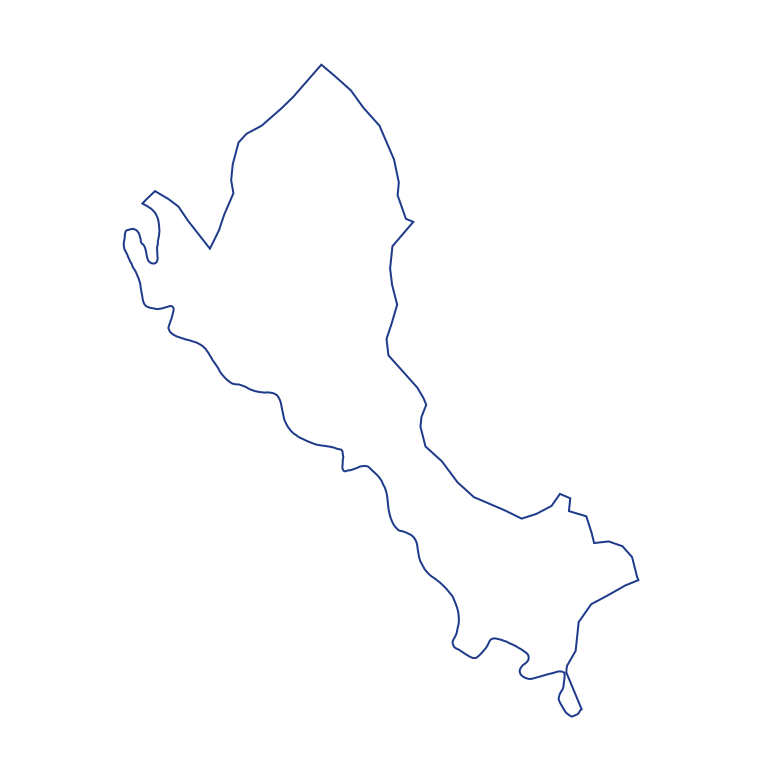 Manpho City, Chagang-do, North Korea (Albers equal-area conic projection), rotated 276°
{"feature_id": "82179303B45279105584010", "entity_name": "Manpho City", "entity_type": "district", "adm_level": 2, "iso_a3": "PRK", "parent_name": "North Korea", "parent_adm1": "Chagang-do", "projection": "albers", "projection_center": [126.267, 41.163], "detail": "fine", "context": "isolated", "style": "outline", "palette": "blue", "viewbox_px": 768, "rotation_deg": 276, "n_neighbors": 0, "source": "geoboundaries", "source_scale": "gbopen_adm2", "svg_char_len": 6135}
<svg xmlns="http://www.w3.org/2000/svg" viewBox="0 0 768 768"><g transform="rotate(276 384 384)"><path d="M685.4,302.5L695.0,288.3L659.9,263.6L647.2,253.0L628.1,235.3L618.5,221.1L609.0,214.1L586.6,210.6L570.7,210.7L557.9,214.3L535.5,207.3L519.6,203.8L500.4,196.7L526.1,171.8L539.0,161.0L545.4,150.3L551.9,136.1L542.0,127.7L538.2,124.9L536.0,130.3L535.0,132.0L534.3,133.6L533.0,135.4L530.7,138.1L529.2,139.3L527.9,140.0L526.4,141.1L524.1,142.1L521.7,142.9L519.4,143.4L513.5,144.6L509.8,144.7L508.0,144.7L503.4,144.3L502.4,144.1L499.4,144.5L497.7,144.2L496.3,144.0L489.3,145.0L485.6,145.7L483.2,145.7L482.1,145.3L480.8,144.6L479.9,143.3L479.7,142.2L479.7,141.3L479.8,140.2L480.5,138.4L481.7,136.9L482.8,136.3L485.5,135.0L487.1,134.5L489.5,133.9L493.2,132.7L495.0,131.8L496.6,130.9L497.2,130.1L498.0,129.3L498.4,128.4L499.0,127.9L499.9,127.4L502.6,126.9L503.8,126.3L507.7,124.8L510.2,122.8L511.1,121.6L511.7,119.9L512.0,118.7L512.0,117.6L511.6,116.3L510.3,113.0L509.8,111.8L508.9,111.2L507.3,110.8L505.8,110.7L501.4,110.8L498.2,110.5L496.5,110.5L494.8,110.7L491.5,111.5L490.3,112.2L485.8,115.2L484.4,115.8L481.6,117.5L479.0,118.9L477.4,120.3L473.8,122.1L470.2,125.1L462.9,129.1L458.2,131.1L454.3,132.0L452.6,132.5L451.0,132.9L445.7,134.5L443.9,134.9L441.9,135.6L440.2,136.3L438.4,137.3L436.6,139.2L436.2,140.2L435.6,142.5L435.3,143.9L435.2,145.3L435.0,147.5L435.0,149.0L434.7,150.5L435.1,152.0L435.8,154.8L439.1,162.9L439.3,164.0L439.0,165.2L438.5,166.0L437.3,166.8L436.4,167.0L433.8,166.9L426.7,165.8L425.0,165.3L422.1,164.7L420.8,164.3L418.1,163.8L416.8,163.8L414.7,165.0L413.7,165.7L412.7,166.7L411.8,168.1L410.9,169.7L410.2,171.4L409.5,173.4L409.2,175.3L408.6,177.3L408.3,179.2L407.8,181.0L407.0,186.8L406.5,188.6L406.2,190.4L405.6,193.2L404.9,195.0L404.1,197.0L403.4,198.4L402.6,199.8L400.6,202.5L399.2,203.8L398.3,204.5L397.1,205.7L393.9,208.1L392.8,209.0L390.1,210.9L389.3,211.5L387.6,213.1L385.1,215.2L384.3,215.8L382.1,217.7L380.7,218.5L377.7,220.7L375.8,222.7L374.8,223.8L374.0,224.6L371.7,227.5L369.7,230.7L368.5,233.3L368.4,234.6L368.2,236.0L368.2,237.6L368.4,239.1L368.2,240.8L367.1,245.2L366.5,247.1L365.6,249.0L364.4,252.3L364.1,254.0L363.6,255.5L363.4,257.0L363.0,260.9L363.0,262.9L363.0,266.9L363.3,267.6L363.5,268.8L363.5,272.5L363.5,273.4L363.1,275.2L362.8,276.3L362.1,277.8L361.6,278.8L360.2,280.1L358.4,281.4L357.3,282.1L355.1,283.1L353.0,283.8L348.6,285.2L347.5,285.5L345.1,286.3L339.5,288.1L338.7,288.4L336.9,289.2L335.8,290.0L333.9,291.1L331.2,293.0L330.1,294.0L327.5,296.5L325.2,299.5L323.9,302.1L322.8,303.9L321.8,306.0L320.8,309.1L319.7,312.1L318.7,315.1L318.4,316.6L317.9,318.0L317.0,321.5L316.7,323.2L316.5,324.8L316.3,328.3L316.3,331.5L316.1,333.6L316.1,335.1L315.8,338.7L315.4,341.6L314.8,343.4L314.5,345.7L314.3,347.7L314.2,348.3L313.6,349.1L312.3,349.9L309.1,350.5L307.0,351.2L306.7,351.2L304.4,350.9L299.9,351.3L298.8,351.2L296.7,351.3L295.8,351.5L294.0,352.5L293.6,353.0L293.2,353.5L293.1,354.0L293.1,354.8L294.2,356.8L294.4,357.6L294.6,359.0L295.0,360.3L296.4,363.2L297.1,364.8L299.4,368.8L299.7,369.4L299.8,370.4L300.2,371.7L300.5,373.0L300.5,374.9L300.3,376.4L299.9,377.2L299.4,378.0L299.0,378.6L297.1,380.8L295.3,383.4L293.8,385.3L293.3,385.9L292.4,387.2L289.5,390.0L288.7,390.6L287.9,391.3L286.4,392.3L283.9,393.7L281.2,395.6L279.2,396.5L277.4,397.3L275.0,398.2L272.3,398.9L270.3,399.4L264.1,400.7L260.5,401.5L255.3,403.1L251.6,404.6L248.4,406.2L246.0,407.7L243.9,409.4L242.5,410.8L240.5,413.1L240.1,413.8L239.8,414.5L239.6,415.9L239.4,418.5L238.4,422.2L236.9,426.2L236.4,427.2L235.5,428.5L234.4,429.8L232.8,431.1L232.1,431.6L230.5,432.6L228.9,433.3L227.0,433.9L222.5,435.0L217.6,436.4L216.6,436.6L212.4,438.2L210.9,439.1L207.3,441.5L203.9,443.9L201.0,446.9L198.7,449.8L197.7,451.3L197.2,452.2L196.8,453.1L195.9,454.8L192.2,460.7L188.5,465.5L187.8,466.2L186.8,467.5L183.4,470.9L180.7,473.7L179.2,474.9L173.0,478.2L169.8,479.8L167.9,480.6L165.4,481.5L163.4,482.0L159.2,482.9L154.5,483.3L152.2,483.2L149.7,482.8L144.7,482.4L142.8,482.0L141.5,481.6L140.1,481.1L137.5,479.9L136.7,479.6L134.4,479.2L133.7,479.3L132.4,479.7L130.0,481.1L129.5,481.7L128.7,483.1L128.1,484.6L127.6,486.2L126.5,488.4L125.9,489.4L125.0,491.2L124.5,492.0L121.7,498.0L121.3,499.2L120.8,501.0L120.9,502.8L121.0,503.5L121.5,504.5L121.9,505.0L123.7,506.8L125.0,507.9L127.6,509.9L130.8,512.1L132.7,513.3L133.8,513.7L134.6,514.2L139.7,516.0L141.1,517.0L141.8,518.1L142.3,519.0L142.6,521.3L142.5,522.3L142.3,524.3L141.7,528.0L141.0,530.6L140.6,532.8L139.8,534.6L137.2,542.4L136.1,544.4L134.6,548.0L133.6,549.9L131.4,553.7L130.5,554.9L129.8,555.5L129.0,555.9L127.9,556.3L127.1,556.5L125.8,556.5L124.8,556.4L124.1,556.2L122.7,555.3L121.5,554.3L120.3,553.1L119.1,551.7L118.7,551.3L116.6,550.0L115.4,549.4L113.9,549.0L112.3,549.0L111.6,549.2L110.3,549.8L109.1,550.6L108.2,551.8L107.5,552.9L106.8,554.4L106.1,556.9L105.9,558.5L105.9,560.0L106.3,561.9L106.9,563.5L109.3,569.5L109.6,570.4L110.3,572.0L110.6,572.8L110.9,573.5L111.5,575.0L112.1,576.4L112.4,577.3L112.8,578.2L114.6,583.3L115.0,584.0L115.7,585.7L116.2,587.1L116.5,588.1L116.6,589.2L116.5,591.3L116.1,592.8L115.7,593.3L115.4,593.6L113.2,594.1L109.9,594.2L109.0,594.2L107.9,594.2L106.2,594.1L101.9,594.1L100.6,593.9L98.1,593.2L97.0,592.5L95.5,591.8L93.4,591.1L90.3,590.6L89.1,590.6L88.6,590.8L86.8,591.6L84.8,592.8L84.2,593.2L82.9,594.2L81.5,595.2L80.7,595.8L80.2,596.1L78.9,597.1L76.4,599.1L75.9,599.8L75.1,600.9L74.0,602.9L73.0,604.9L73.0,605.3L73.0,605.8L73.9,607.7L74.6,608.9L75.5,610.5L76.2,611.4L77.4,612.2L79.6,613.1L80.1,613.4L80.6,613.9L81.1,614.6L116.3,595.4L122.7,595.4L138.7,602.5L167.6,602.5L186.8,613.2L196.3,627.4L209.0,645.2L215.5,657.5L218.5,655.9L237.8,648.8L247.6,638.1L250.9,623.9L247.8,609.6L257.5,606.1L273.6,599.0L276.9,581.2L289.8,581.2L293.1,570.5L280.3,563.4L270.8,549.2L264.5,535.0L271.0,517.2L280.9,485.2L293.9,467.4L313.2,449.6L326.2,431.8L345.4,424.7L355.1,424.7L367.8,428.2L374.3,424.6L383.9,417.5L413.0,385.4L429.0,381.8L445.0,385.3L464.2,388.8L483.4,381.7L499.5,378.0L521.9,378.0L548.3,396.2L550.6,388.5L573.1,377.8L585.9,377.7L608.3,370.5L640.4,352.5L656.5,334.7L672.5,320.4L685.4,302.5Z" fill="none" stroke="#1e3a8a" stroke-width="2"/></g></svg>